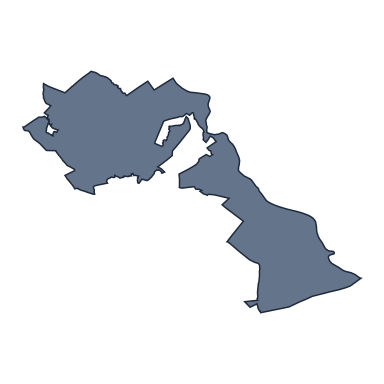 Santa Mare, Botosani, Romania (Robinson projection)
{"feature_id": "2599482B82082933553236", "entity_name": "Santa Mare", "entity_type": "district", "adm_level": 2, "iso_a3": "ROU", "parent_name": "Romania", "parent_adm1": "Botosani", "projection": "robinson", "projection_center": [27.269, 47.633], "detail": "fine", "context": "isolated", "style": "filled", "palette": "slate", "viewbox_px": 384, "rotation_deg": 0, "n_neighbors": 0, "source": "geoboundaries", "source_scale": "gbopen_adm2", "svg_char_len": 5923}
<svg xmlns="http://www.w3.org/2000/svg" viewBox="0 0 384 384"><path d="M260.6,312.7L289.1,306.9L300.2,301.6L305.0,299.7L312.3,296.3L330.7,291.6L338.6,289.8L345.1,287.9L350.0,286.1L352.2,284.6L361.0,278.2L360.1,278.0L359.0,277.4L355.2,274.6L351.0,272.7L345.5,271.4L343.3,270.5L339.4,267.9L331.8,263.4L330.0,261.5L329.5,260.6L328.3,257.7L328.6,256.2L329.9,255.1L331.8,254.4L333.2,254.2L333.9,253.8L334.2,253.3L334.3,252.6L333.6,251.6L333.0,251.4L328.7,250.9L326.3,249.4L324.8,247.6L322.4,243.0L319.3,238.6L317.9,235.5L316.9,232.4L316.5,229.0L316.5,227.1L315.8,222.9L315.2,221.0L313.4,218.6L311.7,217.3L308.8,215.5L303.0,213.3L299.2,212.1L287.0,209.1L279.6,206.9L274.1,204.9L269.0,202.5L267.0,201.1L266.0,200.1L261.7,194.1L259.4,191.3L259.0,190.6L258.5,188.8L258.2,188.3L255.9,186.2L251.4,180.0L250.1,178.9L244.0,175.9L239.1,171.5L238.4,170.1L238.7,166.1L239.1,165.3L239.6,160.9L239.5,160.0L239.0,157.9L237.8,154.9L236.7,152.6L235.5,149.3L234.5,147.2L232.7,144.4L230.3,142.2L228.4,139.9L227.5,136.4L226.9,135.2L225.5,134.0L222.7,132.6L221.4,132.9L219.2,134.0L214.6,134.7L209.9,133.7L207.0,132.6L206.8,131.5L206.7,129.5L207.1,127.3L207.0,126.5L206.3,124.5L206.4,123.7L205.8,120.9L205.8,120.4L206.3,118.9L207.6,116.4L209.2,113.9L209.9,112.3L210.1,111.5L210.1,110.8L208.4,106.8L208.2,105.9L208.1,104.1L208.6,102.2L209.4,100.1L209.9,97.9L209.9,97.3L209.3,96.2L208.3,95.3L207.0,94.6L204.1,93.9L194.4,92.6L190.4,92.3L186.9,91.0L182.4,88.4L177.7,84.6L176.0,82.9L173.0,78.2L154.1,90.0L147.8,81.2L138.1,87.6L126.7,95.6L125.9,94.9L125.4,93.8L124.9,93.2L124.1,93.1L123.6,93.4L122.9,93.3L122.3,92.6L122.4,92.1L121.1,91.1L121.0,90.2L120.6,89.7L120.7,89.0L120.0,88.3L119.9,88.3L119.7,88.6L119.0,88.6L117.7,87.5L117.5,87.0L118.1,86.6L118.0,85.9L117.0,85.4L116.6,85.0L114.4,84.8L113.8,84.4L113.5,83.6L113.0,83.1L111.7,82.8L111.7,82.3L111.1,81.6L111.1,80.8L109.5,79.3L108.9,79.1L108.4,78.4L106.6,77.3L105.5,77.0L105.2,76.6L104.5,76.7L102.6,75.9L101.5,76.0L100.9,75.6L99.9,75.4L99.3,75.0L98.7,74.3L96.1,72.8L93.8,72.0L92.5,71.8L91.1,71.3L88.7,73.3L82.5,77.7L76.9,82.3L72.9,85.9L72.8,86.2L71.8,86.6L71.3,87.2L65.0,92.8L48.5,86.4L43.6,83.6L43.4,84.8L43.6,85.9L43.3,86.7L43.8,89.9L43.4,91.0L43.5,91.6L43.1,93.3L43.1,94.2L43.5,95.7L43.5,98.2L43.9,98.6L44.8,101.1L45.3,101.7L45.6,102.8L46.6,103.6L50.8,105.7L49.0,107.9L44.3,112.9L47.0,114.8L48.3,115.3L47.1,117.7L48.9,119.5L49.2,120.1L49.1,122.1L49.0,122.6L48.5,123.4L48.6,123.6L49.3,123.8L49.6,124.6L51.6,124.3L50.6,125.9L52.5,128.0L55.9,129.4L58.1,129.9L56.6,132.4L54.8,131.5L54.1,131.7L53.7,132.0L53.1,133.6L52.9,135.9L51.9,135.3L51.7,134.8L50.9,134.8L48.9,133.6L48.1,132.9L47.0,132.9L46.4,132.3L46.1,131.9L46.1,131.1L46.2,130.6L46.6,130.0L46.4,129.5L46.6,128.7L46.3,128.2L47.1,127.0L47.9,124.4L47.9,123.6L48.8,122.6L49.0,120.7L44.6,116.3L41.8,117.2L38.9,117.1L32.6,121.2L24.7,126.7L24.1,127.0L23.0,127.0L23.6,128.9L24.2,129.9L24.9,130.5L28.0,130.8L28.9,131.4L30.3,133.1L31.3,135.3L33.7,139.0L39.9,143.6L46.2,150.3L47.0,150.5L55.8,150.7L55.8,151.2L57.9,154.1L62.3,159.5L62.6,160.5L64.2,161.9L64.6,162.6L65.4,163.2L67.3,165.6L69.2,166.4L74.4,169.3L74.6,170.5L74.1,170.9L65.0,175.4L67.5,179.2L71.6,184.1L73.6,186.8L74.8,188.9L77.4,188.2L78.5,189.1L81.5,190.4L84.3,191.1L87.1,192.2L93.6,194.3L94.7,194.1L94.2,192.4L94.3,189.9L93.3,187.0L94.2,186.0L97.2,185.2L107.5,183.1L106.7,181.8L106.6,181.3L106.8,180.4L107.7,179.0L110.3,177.8L111.1,177.1L113.8,177.5L114.7,177.3L114.7,175.3L114.9,175.3L115.7,176.0L118.5,177.0L119.5,177.9L120.1,178.1L121.1,177.7L123.6,177.3L123.4,176.5L124.0,176.1L128.3,176.6L128.8,176.3L129.2,176.3L129.3,175.9L131.5,175.9L131.4,174.1L131.9,174.1L131.9,173.8L132.9,173.4L133.4,174.7L134.0,175.6L135.2,175.3L138.6,176.1L137.7,177.3L138.1,177.6L137.6,178.5L137.4,180.6L137.6,181.5L137.7,182.8L139.0,183.3L141.9,179.2L146.9,180.6L148.8,179.7L149.9,178.5L151.4,177.2L152.6,175.6L154.1,173.8L154.6,171.7L157.2,169.7L157.8,170.2L158.6,170.1L160.1,170.5L161.3,171.9L161.9,172.8L161.9,173.2L164.6,172.1L161.3,168.8L157.8,166.9L167.0,159.9L172.2,155.6L172.4,151.6L172.6,150.8L179.9,142.2L189.3,130.3L190.2,128.9L190.3,126.9L190.2,125.7L189.8,123.9L189.1,122.2L188.2,118.7L186.2,116.6L185.5,118.4L185.0,119.1L184.7,120.5L183.9,122.1L183.8,122.9L182.0,124.5L180.7,124.9L180.3,125.3L179.6,125.3L179.3,125.5L179.2,125.2L178.5,125.2L177.3,125.5L175.7,125.4L170.8,126.4L170.1,126.2L169.3,126.2L168.9,126.9L169.5,127.2L169.6,128.0L168.9,128.7L168.8,129.2L169.9,131.0L169.6,131.5L168.7,132.4L168.2,135.7L167.1,136.9L167.1,139.1L166.1,140.6L164.9,139.9L163.2,140.5L163.4,142.2L162.6,143.1L163.2,144.5L162.9,145.6L161.9,146.4L154.7,143.4L155.3,141.3L163.5,121.7L164.0,121.1L164.8,120.7L170.1,119.0L178.3,117.2L179.7,116.5L181.1,116.7L182.9,116.4L186.4,113.5L188.5,114.5L189.5,115.3L192.4,112.6L193.3,112.9L193.7,115.1L193.7,115.5L194.5,117.3L194.2,118.3L194.4,119.0L194.8,119.2L195.5,119.0L197.9,123.3L198.4,124.7L200.1,126.7L202.4,128.6L203.6,130.2L203.8,131.5L204.1,132.0L203.3,132.2L203.0,134.9L203.6,138.2L203.1,139.7L206.0,142.4L207.6,140.3L210.3,136.1L213.1,137.7L215.3,140.6L216.2,141.6L207.1,147.9L208.7,150.0L209.3,150.5L210.5,150.8L211.1,151.8L211.1,152.5L211.2,153.5L211.8,154.2L212.6,154.7L209.7,156.5L206.2,154.5L205.8,154.8L199.4,158.7L198.9,159.8L198.8,161.3L196.5,164.3L192.9,166.6L188.4,169.2L179.0,174.1L179.5,179.2L179.5,185.2L179.3,187.4L180.4,187.9L182.2,188.1L194.0,186.7L194.6,187.1L195.5,188.9L195.8,189.2L199.5,189.4L201.7,190.4L200.0,191.3L203.6,193.9L204.9,194.4L205.9,194.6L207.2,195.3L208.2,194.3L214.3,194.8L229.1,198.3L222.1,204.8L225.7,207.8L243.4,221.2L232.7,234.4L227.0,241.8L228.0,242.1L229.5,243.1L238.4,250.8L249.6,259.8L254.0,262.0L256.2,262.8L258.1,263.3L259.5,264.9L259.8,269.3L259.4,271.6L259.5,275.6L259.0,281.0L258.8,282.1L258.4,283.4L257.5,292.3L257.8,297.2L257.1,298.7L257.6,300.3L244.7,301.7L250.1,307.3L257.0,303.8L257.2,305.0L257.8,306.3L258.0,308.2L259.5,311.0L260.0,310.8L260.6,312.7Z" fill="#64748b" stroke="#1e293b" stroke-width="1.5"/></svg>